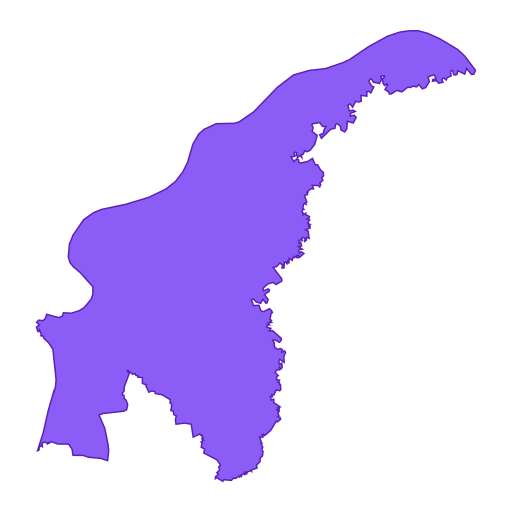 Mueang Nong Khai, Nong Khai, Thailand
{"feature_id": "78962969B49336844859905", "entity_name": "Mueang Nong Khai", "entity_type": "district", "adm_level": 2, "iso_a3": "THA", "parent_name": "Thailand", "parent_adm1": "Nong Khai", "projection": "robinson", "projection_center": [102.827, 17.845], "detail": "fine", "context": "isolated", "style": "filled", "palette": "violet", "viewbox_px": 512, "rotation_deg": 0, "n_neighbors": 0, "source": "geoboundaries", "source_scale": "gbopen_adm2", "svg_char_len": 5995}
<svg xmlns="http://www.w3.org/2000/svg" viewBox="0 0 512 512"><path d="M475.5,70.3L464.8,56.2L457.7,49.5L439.4,38.6L427.6,33.3L418.0,30.7L408.1,30.9L399.9,32.1L387.7,36.1L368.5,46.7L349.1,59.8L342.7,62.7L325.5,68.6L308.9,70.5L293.3,75.1L277.3,87.4L253.7,111.9L239.2,121.8L234.7,123.3L216.2,123.7L204.1,129.3L198.9,133.9L192.9,144.2L187.5,162.5L182.9,171.8L175.4,181.6L165.6,189.2L148.9,197.3L125.8,204.3L101.6,209.4L93.7,212.6L83.7,219.6L73.1,235.0L69.4,244.3L68.3,256.8L69.9,262.5L73.3,266.7L80.6,273.0L92.9,286.8L92.9,294.2L91.2,299.1L84.4,307.4L79.6,310.5L71.4,313.2L63.4,312.8L62.3,316.2L58.6,317.6L46.6,314.3L45.6,318.0L43.2,320.6L38.6,320.2L36.6,322.3L39.4,324.9L36.5,327.0L37.6,331.0L38.6,331.6L39.4,329.7L41.5,334.6L40.7,335.7L43.2,336.2L43.9,338.4L48.6,342.7L52.9,349.3L56.1,379.6L55.4,387.8L53.7,391.1L54.4,391.8L53.4,392.6L48.2,410.8L43.3,432.4L37.5,450.7L38.9,450.2L39.3,447.0L41.3,445.8L42.4,446.6L42.1,443.2L43.7,442.4L45.2,442.1L47.6,443.9L48.4,442.4L49.2,443.2L51.1,441.6L57.9,444.0L68.6,444.1L72.1,449.3L73.0,455.3L83.0,455.4L88.8,457.3L100.5,458.3L107.6,460.6L108.7,450.8L108.1,444.8L104.8,428.4L99.0,414.9L103.1,413.5L123.8,411.2L126.6,409.8L127.7,404.5L126.1,400.2L124.2,398.5L123.9,395.3L122.4,394.8L122.4,393.0L124.1,391.1L124.2,387.0L129.2,373.5L127.1,370.7L128.2,370.6L132.7,374.3L135.3,373.6L135.9,375.4L137.7,375.5L137.7,377.1L142.4,377.6L142.4,383.4L146.6,385.2L146.1,386.3L148.9,392.2L151.9,390.9L155.0,391.8L155.3,393.6L162.0,394.7L170.3,399.7L170.0,403.0L171.4,403.7L171.6,406.7L170.8,410.5L173.2,411.1L173.9,414.7L176.3,416.0L175.4,419.9L176.0,424.2L184.7,423.1L191.2,424.2L193.2,437.1L199.9,433.9L200.4,435.1L202.3,435.2L202.0,436.7L203.1,437.7L202.0,438.4L203.2,439.8L202.2,439.5L202.5,441.5L201.1,442.0L201.9,443.2L201.2,447.3L204.6,448.9L203.8,453.0L216.9,459.8L220.5,465.0L218.7,466.9L219.6,470.0L216.8,472.7L218.5,474.3L215.5,476.6L215.4,478.5L216.4,477.5L222.8,481.3L223.7,479.7L231.4,480.4L233.3,478.3L235.7,478.4L238.7,476.2L239.6,477.1L240.6,475.3L241.5,476.3L241.9,474.6L243.7,473.5L244.5,474.6L245.8,474.2L245.9,472.9L244.9,472.6L245.4,471.8L246.9,473.3L247.4,471.9L250.8,470.7L251.6,471.4L251.5,469.9L257.0,468.0L256.5,465.3L260.0,461.6L260.2,458.0L262.5,455.9L263.0,451.4L261.9,449.7L262.8,447.1L261.5,445.2L262.0,443.0L260.7,442.7L261.1,441.0L259.6,437.0L262.7,437.2L261.9,434.2L263.1,436.0L263.7,434.3L264.8,435.5L270.8,430.3L276.2,421.2L277.4,421.9L280.6,419.3L279.9,417.2L277.8,416.5L278.9,415.2L278.1,414.0L278.4,411.4L276.7,409.7L278.3,409.2L279.1,410.5L279.2,408.3L278.0,407.7L280.1,406.9L273.9,402.7L273.7,399.2L271.3,400.1L270.3,396.6L272.3,396.8L271.7,394.6L273.8,395.0L276.3,389.9L279.6,390.7L280.8,389.6L280.4,384.4L279.2,384.3L279.4,382.4L278.0,382.1L279.5,380.2L276.5,379.6L276.6,376.9L278.3,375.6L275.0,372.5L277.0,369.7L279.5,369.9L279.3,367.4L280.9,369.0L282.2,367.5L281.7,363.1L279.8,364.6L278.7,361.3L279.7,359.3L284.2,362.3L283.8,356.8L285.6,352.3L284.6,350.9L281.8,352.2L282.3,349.6L280.6,348.6L277.4,349.3L274.4,346.7L274.3,343.0L272.7,340.1L275.1,340.0L279.4,342.3L281.3,340.1L281.2,338.3L272.7,330.7L269.2,330.8L270.9,328.4L266.6,327.1L267.5,325.0L269.5,325.0L268.0,323.2L271.5,322.4L270.1,321.6L271.5,320.5L270.0,319.1L271.2,313.1L272.4,312.7L271.6,310.6L269.4,308.7L263.7,311.6L260.9,310.9L259.0,305.3L253.6,305.6L251.3,299.6L253.4,299.0L256.1,301.9L260.6,303.3L262.9,299.3L265.8,303.1L267.0,303.0L268.1,299.3L264.4,294.6L269.1,291.4L269.4,289.8L268.2,288.9L263.6,290.8L263.0,288.3L267.7,284.0L272.9,282.4L276.1,284.5L281.8,281.1L281.7,278.8L273.2,267.5L276.8,266.4L279.9,263.0L282.7,265.3L281.9,267.9L284.0,267.9L284.3,262.5L285.9,262.1L286.9,263.7L288.0,260.2L288.2,262.9L289.0,262.8L289.0,258.4L292.3,260.4L292.9,257.6L294.3,257.6L294.4,256.5L297.0,257.6L296.6,255.6L298.4,255.3L298.5,257.5L299.6,257.4L303.9,253.5L301.0,251.7L299.4,253.0L298.7,251.6L299.0,249.6L302.2,249.1L298.4,246.5L301.6,245.9L300.7,242.1L299.1,243.3L298.9,240.7L300.9,239.6L302.1,240.4L301.8,238.0L303.5,237.6L305.6,238.9L304.3,240.6L304.8,241.5L306.3,240.1L306.5,237.2L309.1,238.3L308.2,231.2L305.6,229.7L310.2,227.9L309.9,225.9L308.8,226.4L308.3,225.4L310.1,224.5L307.7,223.3L309.6,219.9L307.0,219.0L309.1,218.1L309.5,216.6L305.9,214.7L305.8,213.2L303.0,214.9L303.2,213.0L302.1,212.0L302.7,209.3L303.9,209.3L302.9,207.9L303.5,204.4L304.3,203.5L306.0,204.3L305.4,203.0L306.8,202.1L304.5,195.4L307.5,194.6L306.9,192.3L307.9,192.5L308.0,191.1L311.0,188.8L313.5,188.9L312.3,185.4L318.2,185.5L319.7,186.9L320.7,184.6L319.8,183.1L322.9,180.2L321.7,177.5L323.6,175.8L323.3,172.4L320.5,170.0L317.6,164.8L315.2,164.7L312.5,158.4L307.6,161.5L300.2,163.1L298.9,162.1L298.5,159.8L296.6,159.0L293.9,161.7L291.1,156.9L294.8,156.3L294.1,153.1L295.1,152.2L296.9,153.0L296.2,155.3L297.5,156.1L297.4,157.9L300.1,155.4L301.8,157.4L301.3,154.8L303.2,154.2L304.7,150.7L306.6,151.8L310.0,150.4L314.7,144.4L317.2,135.4L312.2,131.6L313.1,127.6L311.8,124.7L312.4,123.8L319.7,122.6L322.5,126.4L326.0,126.5L324.0,129.8L323.5,133.2L319.7,134.8L321.4,138.3L330.9,129.1L334.9,128.4L335.6,124.5L336.8,123.5L340.2,125.8L341.1,130.1L344.8,131.9L346.8,128.8L347.4,121.3L353.2,123.0L356.2,117.5L354.2,115.2L350.4,116.1L350.4,113.4L355.3,111.5L353.4,110.3L349.2,110.8L348.0,105.0L350.0,103.8L352.6,107.2L355.6,101.4L359.2,102.0L361.3,101.2L361.0,95.4L366.9,96.1L366.8,91.8L368.8,91.3L370.8,92.9L373.8,87.0L371.6,85.9L368.8,81.3L370.3,78.8L371.7,79.3L373.4,82.2L379.5,83.5L381.6,78.6L381.1,76.1L384.3,75.7L384.5,76.8L382.3,79.3L383.2,83.7L384.6,85.5L386.9,83.7L387.7,84.5L385.0,89.6L388.7,92.0L389.4,94.0L391.4,93.9L396.7,90.4L401.9,91.9L407.7,87.2L410.7,87.5L412.8,86.1L416.6,86.9L418.8,84.5L422.3,88.8L425.7,87.6L429.3,81.7L428.1,76.9L432.9,75.0L434.4,75.2L436.2,78.8L432.8,79.6L432.5,81.2L436.5,80.6L438.6,83.2L443.0,82.3L441.9,79.8L442.9,78.4L444.0,78.1L446.2,80.0L447.2,77.6L451.2,75.9L450.4,71.7L452.0,70.4L452.8,70.8L453.6,74.6L455.4,75.0L457.1,74.3L457.7,70.7L464.7,74.1L466.5,68.5L471.6,74.5L473.8,74.2L475.5,70.3Z" fill="#8b5cf6" stroke="#5b21b6" stroke-width="1.5"/></svg>